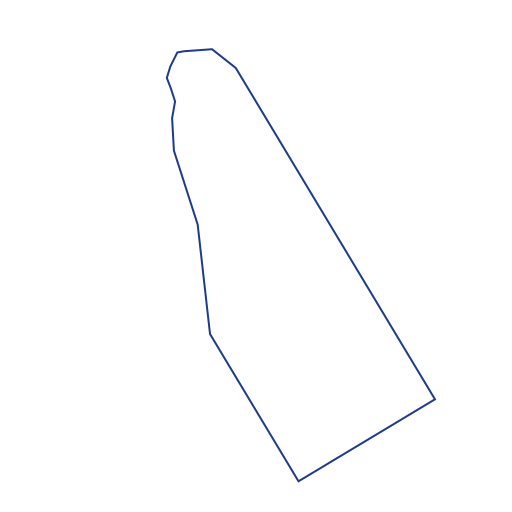 the District of Buvuma, rotated 329°
{"feature_id": "UGA-5598", "entity_name": "Buvuma", "entity_type": "District", "adm_level": 1, "iso_a3": "UGA", "parent_name": "Uganda", "parent_adm1": "", "projection": "natural_earth1", "projection_center": [33.174, -0.326], "detail": "fine", "context": "isolated", "style": "outline", "palette": "blue", "viewbox_px": 512, "rotation_deg": 329, "n_neighbors": 0, "source": "natural_earth", "source_scale": "10m", "svg_char_len": 385}
<svg xmlns="http://www.w3.org/2000/svg" viewBox="0 0 512 512"><g transform="rotate(329 256 256)"><path d="M335.6,471.0L293.4,471.0L243.1,471.0L192.8,471.0L176.4,471.0L176.4,299.2L222.2,199.0L239.9,123.4L255.1,94.6L266.2,81.9L269.3,68.7L271.3,57.4L280.2,49.4L293.4,41.0L299.5,43.3L324.8,56.1L335.5,84.4L335.6,471.0L335.6,471.0Z" fill="none" stroke="#1e3a8a" stroke-width="2"/></g></svg>